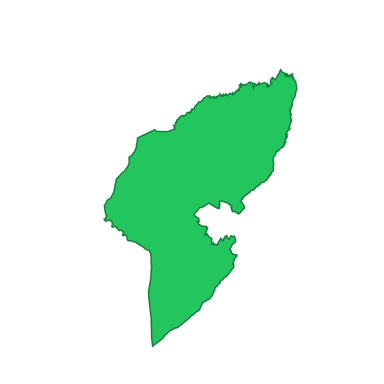 Moshi, Kilimanjaro, United Republic of Tanzania, rotated 211°
{"feature_id": "72390352B4446234130359", "entity_name": "Moshi", "entity_type": "district", "adm_level": 2, "iso_a3": "TZA", "parent_name": "United Republic of Tanzania", "parent_adm1": "Kilimanjaro", "projection": "equal_earth", "projection_center": [37.376, -3.37], "detail": "fine", "context": "isolated", "style": "filled", "palette": "green", "viewbox_px": 384, "rotation_deg": 211, "n_neighbors": 0, "source": "geoboundaries", "source_scale": "gbopen_adm2", "svg_char_len": 6151}
<svg xmlns="http://www.w3.org/2000/svg" viewBox="0 0 384 384"><g transform="rotate(211 192 192)"><path d="M139.5,266.3L140.7,270.4L139.1,271.5L139.2,272.4L138.6,274.9L138.1,276.3L137.5,276.4L137.0,279.4L137.9,280.4L137.1,280.9L138.0,282.2L137.3,283.0L138.2,283.0L138.6,283.6L138.9,284.6L138.9,288.7L139.6,289.1L139.7,287.6L140.0,287.5L140.3,289.6L141.1,289.5L141.0,290.0L140.2,290.5L141.8,291.0L141.3,292.8L141.5,294.1L141.0,294.8L141.2,295.5L140.6,295.8L140.5,296.3L141.1,297.5L142.7,298.2L142.4,300.0L143.2,300.8L142.9,302.6L143.1,303.8L143.9,304.0L143.9,305.0L145.3,305.7L145.4,306.6L147.0,308.5L146.7,309.6L147.1,310.0L148.5,310.1L148.8,311.5L149.7,311.9L149.7,313.2L150.5,313.3L150.2,315.6L150.9,316.9L150.5,317.7L151.7,319.0L151.9,320.2L152.4,321.1L153.0,323.6L152.8,326.3L154.8,331.8L155.0,333.6L157.4,337.2L159.4,338.9L160.0,340.1L161.2,340.2L162.7,341.4L163.4,341.3L165.8,343.7L165.4,342.2L166.1,342.6L166.4,342.1L167.1,343.1L166.9,344.4L168.1,342.9L168.4,340.8L170.3,339.8L171.1,340.0L172.0,339.5L172.7,340.1L171.8,340.8L169.5,341.0L169.5,341.5L171.7,342.1L175.6,341.0L179.0,342.4L178.8,341.0L178.9,340.2L178.3,338.8L178.7,338.0L178.4,336.3L178.7,335.5L178.2,333.6L178.4,331.8L180.3,331.2L182.0,331.6L182.1,330.9L181.1,330.4L182.3,329.4L182.3,328.4L181.4,326.7L179.2,327.0L180.3,326.3L180.2,324.9L179.9,324.7L180.1,322.3L181.1,321.3L181.4,322.0L182.0,321.5L181.9,322.7L182.3,322.4L182.1,323.0L182.7,323.5L182.9,322.0L183.7,323.3L186.1,323.1L187.5,321.6L187.9,320.4L189.9,319.9L189.7,317.7L190.8,319.6L190.8,317.7L191.1,317.4L191.1,318.3L191.5,318.1L191.7,316.7L194.4,317.2L195.0,317.8L192.9,314.3L193.0,313.7L193.3,314.5L193.4,314.2L193.2,313.4L193.6,313.8L194.7,313.7L196.0,316.4L197.1,316.0L198.3,316.4L199.7,315.1L199.6,313.9L200.3,313.4L201.8,310.8L202.6,310.9L202.6,310.3L203.4,309.7L205.9,310.2L206.2,308.0L205.5,308.6L205.2,307.6L204.8,308.5L204.0,307.1L205.2,305.4L204.6,304.0L204.1,303.9L204.1,303.0L204.5,302.2L205.1,303.2L205.5,302.8L206.4,300.4L206.0,299.0L206.2,298.6L206.7,299.0L206.9,298.8L206.5,297.7L206.8,296.7L207.3,296.3L208.2,297.5L208.3,296.5L209.1,295.9L209.9,296.3L210.9,294.7L211.3,292.7L212.6,292.5L213.0,293.4L213.6,293.5L214.3,291.1L215.2,291.6L214.9,290.2L215.2,289.3L215.6,289.6L215.6,290.4L216.3,290.9L217.3,288.9L218.6,290.2L218.4,288.6L219.0,288.0L219.4,285.9L220.0,286.7L220.4,286.3L220.3,285.0L220.9,284.9L220.9,284.3L222.4,284.2L222.5,284.9L223.1,284.1L223.5,284.0L223.6,283.3L225.2,282.0L225.5,282.3L225.4,283.2L226.4,283.6L228.0,282.2L228.6,282.1L229.2,279.9L230.3,278.4L230.4,275.8L230.8,274.0L232.9,272.4L232.5,271.1L233.5,267.0L233.0,263.4L234.7,263.2L234.9,262.5L234.3,261.5L235.0,260.3L234.6,260.0L234.3,260.2L234.0,259.4L234.6,259.1L234.8,258.2L235.7,258.6L235.9,258.0L236.4,258.1L236.9,257.6L237.0,257.1L236.7,256.9L237.3,254.2L238.0,253.6L238.0,253.0L238.5,253.2L240.4,251.8L240.4,251.1L241.4,248.9L241.1,248.3L241.3,247.8L240.9,248.1L240.8,247.7L241.8,246.1L241.6,245.6L241.8,244.9L241.3,244.9L241.1,244.2L241.2,243.3L241.8,242.7L241.2,242.0L241.4,240.0L241.9,239.6L240.8,239.4L240.8,238.5L239.9,238.5L239.8,237.5L239.3,237.6L239.0,237.1L244.2,231.0L253.5,225.7L254.1,225.6L256.0,226.2L266.5,210.3L264.4,206.0L264.0,204.0L262.7,201.8L262.3,198.5L261.8,197.4L262.4,195.5L262.2,193.4L263.8,189.4L260.9,184.8L260.1,181.1L260.9,173.9L261.9,172.2L262.2,169.6L263.5,164.0L262.2,161.1L262.0,159.5L259.7,153.9L258.7,149.4L258.6,144.7L260.4,141.3L259.9,137.6L260.2,135.3L255.4,129.4L253.1,127.7L252.3,124.5L252.4,124.0L253.3,123.7L253.2,123.2L250.8,122.5L249.2,124.7L247.3,125.6L245.5,125.2L243.5,123.6L243.3,121.6L242.6,121.0L241.9,120.9L240.6,122.8L238.8,122.7L234.7,121.4L232.9,122.8L231.0,122.5L229.7,122.0L229.6,119.8L228.8,119.0L226.9,120.7L226.0,120.7L224.7,120.1L223.0,117.9L221.7,117.3L219.5,118.6L214.7,119.8L205.0,119.7L202.6,119.0L198.5,119.8L196.0,118.1L192.6,114.0L191.2,111.3L187.9,106.6L185.6,101.8L183.1,97.5L177.9,84.1L175.0,79.7L161.7,62.4L151.8,46.7L146.4,39.6L141.7,51.3L141.4,55.5L140.5,57.5L139.9,60.8L136.5,66.6L135.2,67.6L134.1,69.4L129.6,82.2L128.7,85.7L127.2,88.6L127.0,90.6L125.0,94.0L125.0,96.2L125.4,97.3L125.8,102.0L124.5,105.9L123.6,106.0L123.5,107.3L122.5,108.1L122.0,109.2L121.2,114.1L121.6,114.8L121.8,118.5L122.8,121.8L122.8,122.7L122.0,123.9L121.8,126.8L121.0,128.6L121.0,128.9L121.8,128.8L122.1,129.7L120.9,132.5L120.5,132.4L120.3,135.7L119.3,136.7L118.9,138.0L119.2,139.2L118.7,139.4L117.5,148.8L117.9,149.9L119.2,151.3L119.8,150.9L120.1,152.7L120.8,153.9L120.7,155.2L121.2,156.6L120.6,160.1L120.9,161.0L124.7,159.9L126.9,160.2L128.7,162.1L130.0,161.9L130.4,167.4L130.0,169.6L129.2,170.5L129.2,172.0L130.6,174.3L131.8,174.8L132.7,175.9L133.3,175.0L135.8,174.8L136.2,174.1L135.9,172.3L136.1,170.6L138.5,171.1L139.4,172.3L140.0,172.3L140.7,170.9L140.6,167.6L140.2,166.0L141.4,166.0L143.4,167.0L143.4,161.8L142.9,159.7L145.2,159.3L145.3,158.1L145.9,157.9L146.5,158.1L147.6,159.5L148.4,157.4L151.2,162.4L154.2,162.1L157.9,164.0L158.1,162.5L158.5,161.5L158.9,161.5L159.1,163.3L159.6,163.9L159.6,166.2L160.2,166.6L159.7,167.6L160.0,169.1L161.5,168.8L161.7,169.9L166.3,167.7L169.5,167.8L170.4,168.2L170.7,170.1L172.1,169.6L171.4,171.2L172.5,172.8L178.2,172.9L178.6,175.4L177.7,179.4L177.7,181.8L176.4,183.4L175.2,184.0L175.2,184.6L174.0,186.4L171.9,191.2L162.7,191.1L160.7,191.5L160.2,192.0L160.3,192.9L161.3,193.2L161.4,195.1L162.1,195.3L161.8,195.8L162.8,196.8L163.5,199.0L156.4,200.9L151.5,200.3L150.4,200.0L150.6,198.9L147.2,196.0L145.4,197.3L140.9,197.1L139.8,199.4L139.7,202.1L139.4,202.8L139.7,203.6L138.7,204.5L138.7,205.0L139.4,206.3L143.3,208.6L145.2,208.9L145.6,211.0L145.2,211.6L145.8,213.1L145.0,213.5L145.4,215.1L144.4,216.3L144.3,217.3L143.1,218.9L143.3,220.6L142.2,221.1L142.5,222.5L142.2,223.6L140.0,226.2L139.8,229.1L138.6,230.6L138.4,232.0L137.5,233.7L138.2,234.9L137.5,235.7L136.7,236.0L134.9,238.3L134.9,239.9L134.1,240.8L133.9,241.7L134.4,242.2L133.9,243.7L134.3,244.0L133.8,244.7L134.3,245.4L133.4,246.5L133.8,247.7L133.4,248.4L133.9,249.2L133.3,251.7L134.2,254.0L135.0,254.5L135.9,256.7L135.9,257.4L136.4,257.8L136.8,258.9L138.3,259.9L139.6,262.5L140.3,265.3L139.6,266.5L139.5,266.3Z" fill="#22c55e" stroke="#15803d" stroke-width="1.5"/></g></svg>